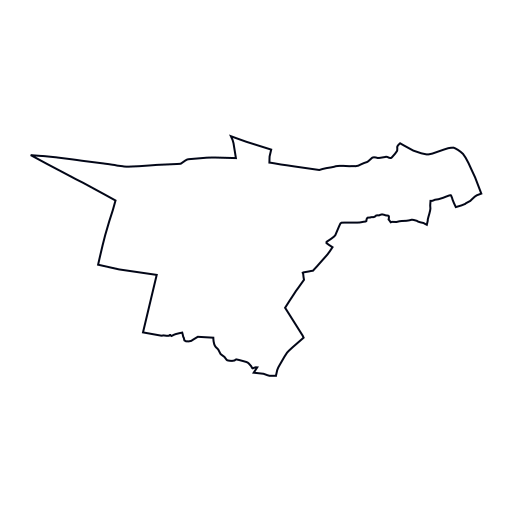 outline of Hoc Mon, Hồ Chí Minh city, Vietnam
{"feature_id": "81297802B64363050509880", "entity_name": "Hoc Mon", "entity_type": "district", "adm_level": 2, "iso_a3": "VNM", "parent_name": "Vietnam", "parent_adm1": "Hồ Chí Minh city", "projection": "mercator", "projection_center": [106.609, 10.878], "detail": "fine", "context": "isolated", "style": "outline", "palette": "ink", "viewbox_px": 512, "rotation_deg": 0, "n_neighbors": 0, "source": "geoboundaries", "source_scale": "gbopen_adm2", "svg_char_len": 4483}
<svg xmlns="http://www.w3.org/2000/svg" viewBox="0 0 512 512"><path d="M253.7,372.7L262.8,373.7L263.6,373.8L267.4,375.2L269.5,375.8L272.6,375.8L275.9,375.8L275.9,375.7L276.2,374.6L277.2,370.1L278.3,367.4L279.7,364.9L284.5,356.6L287.1,352.6L288.9,350.7L292.8,347.1L303.6,337.7L302.7,335.7L294.7,323.0L286.0,309.2L285.1,307.8L286.1,306.2L289.6,300.7L294.4,293.4L296.0,290.9L298.3,287.8L300.0,285.4L301.5,283.3L304.0,279.8L303.9,279.2L303.7,278.1L303.5,276.8L303.3,275.0L303.2,274.2L303.1,273.6L302.9,273.2L302.7,272.8L303.1,272.5L303.4,272.4L304.5,272.2L308.6,271.5L311.0,271.0L313.0,270.7L314.6,268.9L317.4,265.9L317.8,265.4L325.4,256.8L325.7,256.5L327.6,254.3L329.1,252.2L329.6,251.6L332.5,247.2L328.8,244.8L326.5,243.1L326.5,242.4L326.6,241.8L330.1,239.5L331.4,238.6L334.0,236.6L335.3,235.2L339.0,226.5L340.1,224.1L340.5,223.4L341.1,223.0L341.6,222.7L344.4,222.6L357.0,222.6L359.4,222.5L360.8,222.3L363.4,221.8L365.6,221.5L366.3,221.1L366.6,219.3L366.9,218.5L367.6,217.7L368.5,217.6L370.3,217.5L371.0,217.2L372.2,217.1L373.6,217.1L374.8,216.7L375.4,216.1L375.9,215.8L376.2,215.5L377.6,215.3L379.0,215.4L380.1,214.9L381.4,214.5L382.2,214.4L384.1,214.8L385.8,215.4L388.0,215.6L388.9,216.3L388.9,218.1L388.6,219.5L389.4,220.4L390.7,222.3L391.9,221.9L393.4,221.9L396.4,222.0L399.3,221.3L401.7,221.0L406.3,220.8L409.0,220.4L411.9,219.7L413.8,220.0L416.8,220.8L418.1,221.6L420.3,222.3L423.5,223.0L425.4,224.1L426.8,224.8L427.7,220.9L427.8,219.4L428.4,217.0L429.4,213.5L430.1,210.6L430.4,208.6L430.2,205.5L430.5,200.9L431.1,200.9L432.0,200.9L433.5,200.4L434.8,199.8L435.9,199.6L437.4,199.4L438.6,199.2L440.5,198.6L443.1,197.8L446.1,196.6L449.1,195.5L450.0,195.3L450.5,195.2L450.9,195.3L451.1,195.6L452.1,198.0L452.5,199.5L453.9,203.0L455.8,207.1L461.5,205.4L465.2,203.9L466.0,203.2L470.3,200.9L471.7,199.5L474.7,196.7L476.8,195.3L481.3,193.6L478.7,186.8L475.1,177.4L471.2,169.0L468.5,163.1L465.6,157.7L463.0,153.9L460.6,151.8L458.1,150.0L455.3,148.4L453.6,147.7L452.6,147.7L450.7,147.8L448.2,148.2L443.8,149.6L432.3,153.6L428.5,154.4L426.5,154.4L421.3,153.3L413.3,150.6L403.6,145.3L400.1,143.3L398.6,144.7L397.8,145.7L397.5,146.2L397.2,147.0L397.3,148.8L397.2,150.4L397.0,151.0L396.3,152.0L395.0,153.8L392.0,157.2L391.6,157.6L391.2,157.9L390.8,158.0L390.2,158.0L388.9,157.7L387.7,157.1L386.6,156.8L385.8,156.8L385.2,157.0L379.6,157.9L377.7,158.0L376.3,157.6L375.3,157.4L374.2,157.3L373.1,157.4L372.1,157.8L370.0,159.7L368.2,161.3L367.1,162.0L364.1,163.0L360.9,164.4L358.2,165.7L357.1,165.9L355.5,166.2L354.0,166.1L349.1,166.2L343.9,165.9L339.1,165.9L335.9,166.2L334.0,166.8L331.0,167.4L326.5,168.1L322.5,169.0L319.3,170.0L294.8,166.5L288.2,165.5L287.6,165.4L280.9,164.5L274.2,163.3L270.4,162.7L269.4,162.6L269.5,158.5L269.6,156.4L271.2,149.6L246.4,141.8L236.6,138.3L230.9,136.2L232.6,140.0L233.5,143.2L235.9,158.1L214.0,157.5L209.1,157.6L206.6,157.7L199.5,158.3L188.7,159.2L187.2,159.5L185.9,160.2L184.6,161.0L184.1,161.4L183.5,161.8L182.5,162.5L180.8,163.7L180.4,163.7L180.2,163.8L177.0,164.0L166.0,164.5L156.7,164.9L153.0,165.2L150.5,165.4L139.2,166.2L131.9,166.5L131.4,166.5L128.4,166.7L127.0,166.7L125.3,166.6L124.4,166.5L124.0,166.5L122.5,166.2L118.0,165.7L117.6,165.7L114.6,165.0L112.2,164.7L108.4,164.1L104.4,163.6L103.9,163.5L94.3,162.3L87.1,161.4L83.9,161.0L82.5,160.8L82.3,160.8L76.9,160.0L72.5,159.4L57.3,157.5L56.9,157.4L44.0,156.1L40.3,155.9L33.9,155.4L30.7,155.1L40.3,160.3L47.7,164.3L48.3,164.6L51.5,166.3L64.6,173.2L75.9,179.2L83.1,182.8L84.2,183.4L96.7,190.2L103.9,194.1L108.8,196.8L115.5,200.5L113.2,208.8L112.9,209.7L112.8,210.2L109.3,221.1L105.2,235.1L102.6,245.3L99.9,256.8L98.1,264.7L119.0,269.4L156.7,274.9L143.0,332.4L161.4,335.7L162.3,335.6L163.4,335.4L165.1,335.6L166.6,335.8L168.4,335.8L169.3,335.6L169.6,335.1L169.9,335.0L170.3,335.0L170.5,335.3L170.8,335.5L171.4,336.0L171.7,335.9L174.1,334.7L175.7,334.1L179.3,333.2L182.2,332.6L182.8,334.8L183.2,336.7L183.5,337.3L183.8,337.8L184.0,338.7L184.2,339.6L184.4,340.4L186.0,341.3L188.6,341.4L191.2,340.9L193.5,339.4L197.8,336.8L213.3,337.7L213.4,339.5L213.6,341.4L214.2,344.1L214.8,345.6L215.8,347.1L217.7,348.9L218.4,349.8L220.5,353.9L221.3,354.6L224.0,356.6L224.6,357.1L225.3,358.1L226.7,359.9L227.3,360.3L228.7,360.6L230.2,360.8L231.9,360.9L232.7,360.8L233.8,360.6L234.5,360.5L235.7,359.6L236.4,359.4L239.5,360.1L243.2,361.1L246.4,362.0L247.7,362.6L248.7,363.4L251.1,366.1L252.1,367.9L252.5,368.3L252.9,368.3L254.1,367.8L255.6,367.3L257.2,367.4L253.7,372.7Z" fill="none" stroke="#020617" stroke-width="2"/></svg>